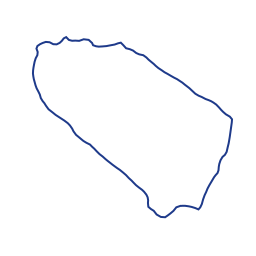 Nyali, Coast, Kenya, rotated 98°
{"feature_id": "3690345B58494489025359", "entity_name": "Nyali", "entity_type": "district", "adm_level": 2, "iso_a3": "KEN", "parent_name": "Kenya", "parent_adm1": "Coast", "projection": "albers", "projection_center": [39.702, -4.031], "detail": "fine", "context": "isolated", "style": "outline", "palette": "blue", "viewbox_px": 256, "rotation_deg": 98, "n_neighbors": 0, "source": "geoboundaries", "source_scale": "gbopen_adm2", "svg_char_len": 2057}
<svg xmlns="http://www.w3.org/2000/svg" viewBox="0 0 256 256"><g transform="rotate(98 128 128)"><path d="M48.8,175.4L46.2,179.2L46.3,184.2L48.5,188.5L48.8,192.4L49.4,195.5L49.0,198.8L46.6,201.9L48.2,204.1L51.0,205.7L53.2,207.5L55.1,210.3L55.4,213.7L54.0,217.6L54.2,221.4L55.6,224.2L57.2,226.7L59.4,229.1L62.1,229.7L65.3,228.0L68.5,227.9L71.8,229.1L75.4,229.7L78.7,229.9L81.3,230.0L84.1,230.0L87.3,229.7L90.2,228.9L92.6,228.1L95.6,226.8L98.6,225.5L101.4,224.0L104.3,221.9L107.1,220.0L110.5,218.5L113.3,216.2L115.0,214.3L117.3,212.4L120.5,209.3L123.1,204.8L125.1,201.5L127.2,197.0L129.5,192.1L131.6,188.3L133.6,185.8L136.4,183.2L138.9,181.5L142.0,178.5L143.9,175.4L145.4,173.0L147.0,170.4L148.4,167.2L149.7,163.3L151.5,161.0L153.2,158.5L155.4,155.8L157.8,152.6L159.8,149.1L161.9,146.0L163.5,143.4L165.1,140.6L166.4,138.4L167.7,136.0L169.2,133.2L170.6,130.3L172.9,126.5L174.9,123.4L177.5,120.2L179.6,117.1L181.2,115.1L183.5,112.1L185.4,108.9L187.3,105.4L188.9,103.2L191.5,100.5L193.9,98.9L196.8,98.0L199.5,97.8L203.2,96.9L205.0,94.1L206.4,91.0L209.7,87.6L211.5,83.1L211.2,78.8L209.0,76.4L206.8,74.2L203.8,71.5L199.8,69.1L197.8,65.2L197.1,60.8L197.1,56.9L197.3,54.0L197.9,50.3L198.8,46.9L196.5,45.4L193.0,44.3L188.3,43.7L184.0,42.8L180.5,41.7L176.9,40.8L173.1,39.4L170.0,38.1L167.6,37.1L164.7,35.9L162.4,34.6L160.2,33.1L157.3,32.5L153.8,32.7L150.9,32.6L147.1,31.9L143.5,30.4L141.1,28.3L137.9,27.0L133.2,26.6L129.3,26.2L126.5,26.1L122.8,26.0L118.6,26.0L115.2,26.0L111.9,26.0L108.1,26.0L104.9,26.2L102.6,28.7L100.8,33.0L98.7,36.2L97.0,38.4L95.0,40.7L92.5,43.9L90.9,47.0L89.9,49.4L89.2,51.9L88.5,55.2L87.0,59.4L86.2,62.5L84.7,66.1L82.1,69.8L80.0,72.8L78.4,75.6L77.1,77.9L75.5,80.5L74.1,83.5L72.8,86.2L71.8,89.2L70.5,92.5L68.9,96.4L67.7,99.6L66.2,102.5L64.4,106.3L62.6,109.2L61.0,111.4L59.6,113.7L57.5,117.1L55.6,119.6L53.8,123.0L53.5,127.1L52.6,130.3L50.6,133.8L49.7,137.2L49.3,141.0L46.6,144.2L44.5,147.0L45.5,149.6L47.2,152.8L48.5,156.7L49.9,160.8L50.8,164.8L51.5,168.3L51.5,171.0L50.9,174.1L48.8,175.4Z" fill="none" stroke="#1e3a8a" stroke-width="2"/></g></svg>